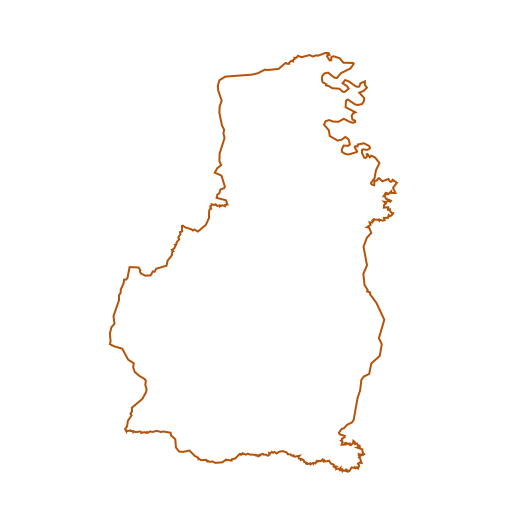 outline of Kusuman, Sakon Nakhon, Thailand, rotated 97°
{"feature_id": "78962969B62467270664056", "entity_name": "Kusuman", "entity_type": "district", "adm_level": 2, "iso_a3": "THA", "parent_name": "Thailand", "parent_adm1": "Sakon Nakhon", "projection": "equal_earth", "projection_center": [104.295, 17.348], "detail": "fine", "context": "isolated", "style": "outline", "palette": "amber", "viewbox_px": 512, "rotation_deg": 97, "n_neighbors": 0, "source": "geoboundaries", "source_scale": "gbopen_adm2", "svg_char_len": 6087}
<svg xmlns="http://www.w3.org/2000/svg" viewBox="0 0 512 512"><g transform="rotate(97 256 256)"><path d="M453.8,238.2L453.4,231.6L454.2,231.3L453.5,229.3L454.4,229.1L453.5,227.8L453.1,228.4L451.5,225.0L452.2,224.3L452.0,221.6L452.8,220.1L451.6,218.4L449.9,218.9L450.2,218.0L448.5,216.4L449.2,215.0L448.2,213.8L449.5,211.4L447.4,209.1L446.4,205.6L447.2,201.7L448.9,200.3L448.7,197.7L449.7,196.5L449.3,194.5L450.2,194.4L450.4,192.8L449.0,188.6L450.2,189.4L451.9,188.6L451.9,186.6L452.9,186.5L452.2,185.5L452.9,183.7L454.5,183.2L455.0,180.6L455.9,180.9L456.3,180.0L455.5,177.5L456.0,176.8L455.1,176.7L455.5,175.6L454.6,174.3L455.2,173.7L454.4,173.4L454.6,171.7L452.8,171.1L452.5,169.8L451.9,170.1L451.7,166.7L449.9,165.1L451.0,164.6L450.4,163.7L451.8,163.5L450.3,158.5L452.9,156.4L453.6,153.4L455.1,153.3L455.2,151.1L456.0,152.4L457.0,150.4L457.8,150.4L457.0,148.8L457.3,147.1L456.5,146.5L457.6,146.6L457.3,145.5L458.3,146.0L458.0,144.5L459.1,143.9L458.0,143.1L458.4,141.4L457.1,140.7L458.4,139.8L457.7,139.0L458.8,138.5L458.1,137.1L454.2,135.3L454.3,132.4L453.6,132.1L454.5,131.2L453.5,130.0L454.5,128.9L451.3,128.0L449.8,129.5L448.4,128.2L448.6,126.0L443.8,128.2L443.5,129.2L442.2,128.5L441.4,129.7L440.6,129.8L441.4,128.8L440.2,128.5L440.8,127.0L439.4,126.2L440.4,125.5L439.5,124.5L438.3,126.1L435.0,126.9L433.8,132.3L432.8,129.8L431.7,130.0L431.5,131.9L429.8,133.1L430.5,135.0L428.7,135.2L427.6,136.8L429.9,136.9L432.2,138.8L432.0,140.0L430.7,140.1L431.4,142.4L430.4,143.5L430.9,144.8L432.2,144.3L432.9,148.0L430.2,147.3L428.9,149.2L427.9,148.0L426.8,148.4L425.1,145.9L423.7,146.0L422.8,151.1L421.5,152.2L417.2,149.9L416.3,147.8L412.4,145.0L409.6,140.6L407.0,139.1L384.7,137.9L376.7,136.3L365.9,136.3L362.4,134.2L359.3,129.3L348.6,128.5L340.1,121.0L328.2,120.4L322.7,124.0L303.6,120.9L287.8,130.8L280.0,138.2L278.3,138.2L277.6,141.4L276.4,140.9L271.6,144.7L260.7,147.3L251.7,144.7L233.7,150.4L224.4,148.2L219.1,144.4L214.2,147.1L213.9,149.4L211.1,146.1L208.8,147.4L208.7,144.8L207.1,143.9L206.6,144.8L204.9,143.4L205.5,142.3L205.0,138.9L205.9,138.0L204.8,137.8L205.5,134.9L204.8,132.7L202.6,133.7L202.1,129.7L199.2,129.3L200.2,127.7L198.0,125.5L196.8,125.1L196.7,126.7L194.4,128.9L193.4,128.8L194.1,130.6L192.0,131.0L191.3,129.9L192.4,135.0L189.8,135.1L188.0,133.5L186.5,135.5L186.5,133.2L185.2,131.9L185.8,129.4L184.7,128.8L183.3,134.0L180.7,135.5L181.0,136.5L177.5,134.9L177.9,132.7L178.7,133.3L178.5,132.2L175.4,129.7L176.9,129.5L176.5,125.3L171.6,128.3L166.2,125.1L163.7,129.6L165.7,130.5L165.8,132.0L163.4,133.9L166.5,139.7L163.7,143.4L164.5,144.5L166.1,144.8L166.9,147.5L171.4,147.3L170.8,150.1L169.6,150.8L164.2,147.8L156.3,147.4L148.7,144.8L143.7,149.8L142.4,153.9L144.2,155.1L141.2,157.7L141.6,158.5L143.0,157.7L144.3,158.3L145.5,159.5L145.2,160.5L141.3,163.2L137.8,163.7L137.1,162.8L137.1,158.7L136.3,157.1L134.9,155.9L133.0,157.2L131.0,162.6L132.9,168.5L134.8,168.5L135.0,170.9L136.2,171.3L139.7,168.4L140.5,168.6L143.9,176.3L143.9,179.5L142.3,183.2L140.0,183.9L135.7,182.5L135.4,177.9L133.8,176.4L129.0,178.3L126.9,181.8L130.2,185.2L131.5,189.0L127.9,197.4L122.4,199.0L117.4,204.5L113.7,203.3L112.2,200.0L113.2,195.6L112.7,190.5L109.1,185.6L111.7,178.6L111.9,175.6L111.0,173.9L109.6,174.1L108.8,176.9L105.3,178.1L102.6,177.1L101.3,174.8L97.4,185.2L91.5,185.6L89.9,184.9L89.6,183.6L93.5,176.1L93.7,173.4L92.3,169.4L89.2,167.8L86.1,167.8L81.3,173.4L79.1,169.4L75.4,166.4L72.9,168.9L69.4,169.2L71.9,173.3L75.2,174.2L75.7,175.5L75.4,177.8L71.4,185.2L70.5,188.9L74.0,191.1L76.2,186.4L78.6,184.4L82.3,187.9L82.4,190.0L79.8,193.6L80.2,200.8L78.6,204.1L78.1,207.3L77.0,207.1L75.4,211.0L72.8,212.1L69.3,212.2L66.5,210.4L65.2,206.8L69.4,200.0L69.5,197.4L64.2,194.0L58.2,185.0L53.3,182.4L52.6,183.2L53.5,192.8L49.5,197.0L48.3,203.4L49.5,205.5L52.6,205.2L52.9,206.7L49.1,209.8L47.9,209.7L47.4,207.6L45.7,208.7L46.0,211.9L49.7,218.9L49.3,220.1L51.1,224.0L50.0,227.1L53.1,235.1L52.2,238.8L54.2,239.9L54.6,242.1L55.8,241.7L57.3,243.2L58.3,243.0L58.0,244.7L60.0,246.6L61.2,246.5L61.4,248.9L60.8,249.4L61.3,250.7L67.5,256.3L70.0,267.2L70.0,270.0L74.4,276.5L76.5,282.2L81.7,308.3L86.0,313.7L91.5,314.6L95.6,314.0L106.1,309.0L112.1,310.3L118.0,309.9L130.6,305.7L134.5,303.0L138.1,303.3L142.8,301.6L158.8,304.6L166.4,303.9L170.0,301.6L173.5,305.1L178.3,307.1L180.4,300.1L191.0,295.3L192.6,296.0L194.2,299.3L198.3,300.1L199.7,301.8L203.1,302.2L204.3,292.7L208.4,290.6L209.2,292.9L210.4,292.9L209.7,295.5L210.7,296.9L210.2,297.7L211.0,298.1L210.3,298.4L211.0,300.7L209.6,302.4L210.4,303.2L210.1,306.4L211.5,306.4L212.4,307.5L214.5,306.3L215.3,307.6L217.1,308.0L224.0,307.3L231.3,309.6L238.8,316.7L237.2,320.5L238.4,321.7L237.4,323.3L236.1,330.1L234.8,332.3L235.2,333.2L240.6,332.3L241.6,334.4L243.7,333.6L246.8,335.4L248.8,334.2L251.7,336.3L254.0,336.5L254.7,337.7L255.5,337.0L258.5,338.1L260.2,340.2L261.4,338.7L261.9,339.6L265.6,339.6L271.4,343.2L276.5,343.6L280.8,353.5L284.0,354.8L283.9,356.5L288.1,358.2L289.0,363.6L287.4,367.9L285.9,369.3L284.1,369.1L281.7,371.2L282.4,380.1L293.5,380.9L295.2,382.0L295.6,384.1L298.8,384.0L305.7,386.1L309.2,385.9L311.6,387.2L316.6,386.6L333.1,390.1L340.5,388.2L344.3,390.8L350.7,391.6L358.1,390.0L361.3,390.2L362.9,386.1L364.3,377.5L374.5,370.2L377.4,364.2L381.2,364.4L385.8,362.3L389.1,357.4L391.7,351.5L393.4,350.1L397.3,350.2L401.8,348.3L404.4,348.5L411.7,351.4L421.7,360.7L425.5,360.1L427.7,361.4L429.4,360.1L435.3,363.1L440.7,363.2L443.7,364.9L445.7,363.4L444.9,363.4L445.6,362.5L444.4,359.7L445.0,359.2L444.8,357.2L445.7,356.6L444.9,356.3L445.5,353.8L444.4,350.1L444.5,348.8L445.6,348.4L444.4,345.2L445.0,343.8L444.0,342.7L444.7,341.8L443.1,340.0L443.2,337.0L441.6,333.2L442.3,328.7L441.5,327.0L441.8,319.2L444.4,318.5L447.7,313.8L455.8,312.1L459.4,308.6L459.4,304.7L457.2,298.4L462.0,292.2L463.2,288.9L464.6,288.4L464.2,287.9L465.4,285.5L464.4,280.7L465.8,279.4L465.2,278.9L465.9,277.4L465.3,273.6L466.3,271.3L464.9,264.3L461.8,261.0L462.4,260.4L461.8,259.5L462.1,255.3L460.8,255.4L459.6,252.0L454.6,248.2L455.1,246.9L454.4,246.9L454.2,244.9L453.6,245.0L454.4,242.0L453.2,239.9L453.8,238.2Z" fill="none" stroke="#b45309" stroke-width="2"/></g></svg>